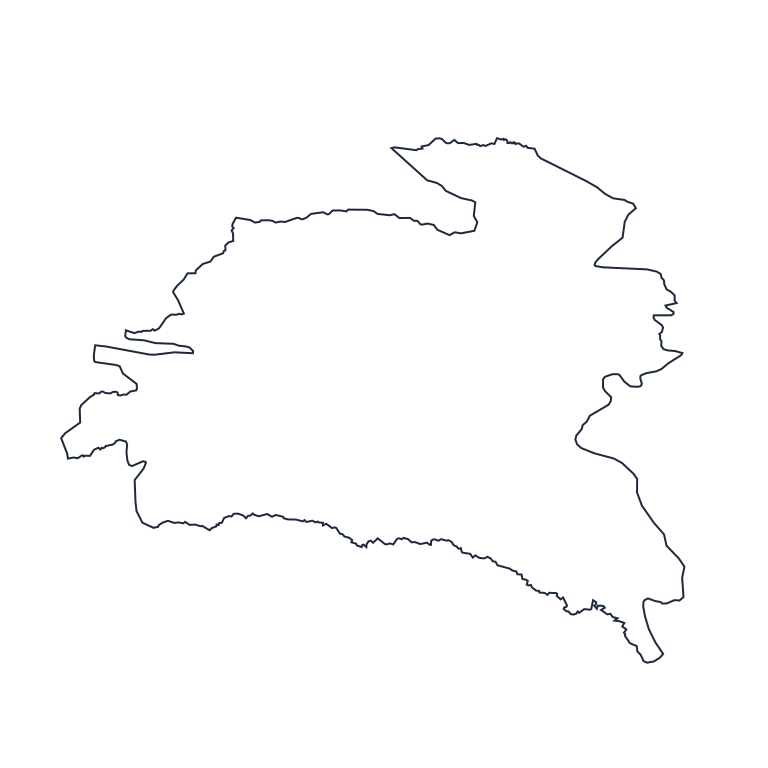 outline of Kenge, Bandundu, Democratic Republic of the Congo, rotated 95°
{"feature_id": "63176286B18264844623742", "entity_name": "Kenge", "entity_type": "district", "adm_level": 2, "iso_a3": "COD", "parent_name": "Democratic Republic of the Congo", "parent_adm1": "Bandundu", "projection": "robinson", "projection_center": [16.889, -5.103], "detail": "fine", "context": "isolated", "style": "outline", "palette": "slate", "viewbox_px": 768, "rotation_deg": 95, "n_neighbors": 0, "source": "geoboundaries", "source_scale": "gbopen_adm2", "svg_char_len": 6143}
<svg xmlns="http://www.w3.org/2000/svg" viewBox="0 0 768 768"><g transform="rotate(95 384 384)"><path d="M217.5,159.1L201.3,158.3L194.0,155.3L186.9,148.4L182.6,151.6L181.2,157.5L179.7,160.3L179.0,172.1L175.2,180.6L169.5,188.8L164.1,200.6L145.6,247.4L143.2,250.6L136.5,254.5L136.2,261.5L134.3,263.2L135.5,265.7L132.5,270.5L133.0,272.7L132.1,275.4L133.0,275.0L132.5,276.2L133.2,277.5L132.1,279.4L133.1,280.3L133.2,282.0L131.0,282.4L129.6,284.1L130.4,285.7L129.3,286.3L130.3,288.3L129.3,292.9L135.2,294.9L134.9,298.0L138.0,303.7L137.3,306.0L138.7,308.9L137.7,310.0L137.5,312.3L136.7,312.6L138.4,320.1L136.9,325.6L137.6,331.3L134.7,335.2L138.3,339.3L138.7,341.5L138.2,343.7L135.0,347.5L134.4,349.8L135.0,354.0L142.1,360.4L144.1,367.2L146.1,366.2L147.1,370.7L148.3,372.3L147.3,393.9L148.4,397.1L177.3,358.8L179.1,349.0L181.7,343.6L186.2,339.3L192.1,323.5L193.5,312.5L195.0,308.9L208.8,309.2L214.7,305.1L223.5,307.4L227.2,320.4L226.7,326.7L230.0,331.7L225.7,344.3L221.2,348.3L220.4,354.7L222.0,360.2L221.5,361.9L218.6,364.8L218.8,368.5L216.3,372.5L217.3,383.1L213.9,388.5L215.4,392.9L215.1,405.3L212.7,409.4L211.9,415.7L213.4,434.9L215.3,436.5L214.9,442.8L215.6,450.3L219.6,453.7L219.9,455.3L218.2,459.6L220.9,471.5L224.9,475.6L226.9,479.2L227.0,481.1L225.9,483.5L226.2,485.5L231.2,496.7L231.2,501.2L232.6,506.1L231.3,509.1L230.9,513.2L231.7,520.8L233.4,522.1L234.4,526.6L232.3,531.5L231.2,545.9L237.8,548.8L240.4,548.9L241.8,547.4L244.3,549.2L247.2,547.5L254.7,546.7L256.6,551.4L259.9,554.2L264.6,553.6L265.4,555.1L267.8,555.7L272.0,564.6L277.1,567.6L280.3,575.1L287.3,581.4L290.1,581.5L290.9,589.4L297.5,592.7L304.4,598.8L309.4,601.9L310.9,602.1L318.4,596.5L331.3,589.5L332.4,592.0L331.8,594.0L333.1,596.8L333.4,602.2L337.4,606.8L348.2,613.0L350.8,617.1L349.5,619.1L351.3,621.1L352.1,628.9L353.1,630.0L353.3,633.3L355.1,637.1L353.0,645.8L358.8,646.0L360.3,644.9L361.6,641.7L361.4,626.7L363.2,615.3L362.3,597.1L363.7,592.0L363.8,585.7L364.5,581.1L367.8,577.0L370.0,577.1L370.7,595.5L374.9,615.4L375.1,620.4L370.9,663.6L370.6,675.1L380.8,675.6L386.0,674.8L387.3,673.5L388.4,652.9L389.3,648.9L396.3,645.0L405.5,630.4L410.4,629.7L412.0,630.4L413.5,636.0L417.1,639.6L417.2,642.9L418.4,645.3L418.3,648.0L415.8,648.7L415.1,650.2L415.5,653.3L417.2,655.6L417.3,660.7L416.0,663.6L416.4,665.3L418.1,666.5L418.4,671.6L419.9,672.0L422.6,675.7L431.3,683.7L435.2,685.0L448.9,683.3L460.8,697.3L466.1,700.9L481.0,693.5L485.9,692.4L484.3,686.9L484.6,682.6L481.6,678.9L481.4,677.6L482.5,676.7L481.5,675.7L481.2,670.6L474.7,667.1L472.4,663.0L474.0,661.0L472.2,659.8L472.6,658.8L471.3,656.3L470.1,656.0L468.0,649.0L466.2,646.8L464.3,646.1L462.6,642.4L463.8,636.1L466.7,634.6L474.6,634.6L482.5,633.0L486.8,630.9L487.7,627.9L482.0,617.4L482.3,614.9L483.3,614.3L489.2,616.1L501.4,624.0L523.2,621.3L532.2,619.4L543.2,612.6L547.4,601.0L545.9,596.5L544.2,596.1L541.4,592.4L539.1,587.3L540.7,580.8L539.8,576.9L540.3,571.8L538.7,570.1L541.3,565.2L540.5,560.2L541.7,554.0L541.2,552.7L544.9,545.0L542.5,542.9L540.4,538.6L538.5,538.5L538.9,536.4L536.9,536.2L536.4,533.5L531.3,531.5L529.1,527.0L529.2,524.3L526.4,522.4L525.9,518.1L526.6,515.3L527.3,512.8L529.8,509.8L527.1,507.9L526.8,505.8L524.4,503.4L525.6,502.0L526.7,497.2L523.7,489.0L526.0,484.1L523.9,480.3L525.1,472.8L526.5,472.2L527.3,467.7L526.7,460.0L527.9,453.1L526.5,451.2L527.9,450.0L528.0,448.3L526.4,443.6L527.8,440.0L526.8,438.0L527.6,436.7L527.6,432.8L530.2,432.5L528.3,429.4L532.1,423.1L531.1,420.6L531.5,419.1L537.0,414.8L537.3,412.2L539.4,410.1L540.2,405.3L542.4,402.0L544.5,402.7L545.5,397.9L547.2,396.9L548.4,392.1L546.5,391.7L545.8,390.5L548.0,387.4L545.2,387.4L542.1,385.7L541.2,383.5L543.1,381.1L538.3,376.8L543.4,369.1L543.5,367.5L542.3,363.9L543.0,360.8L537.0,357.4L536.4,355.3L537.1,352.8L535.6,351.2L536.4,346.6L539.3,342.8L538.8,339.2L540.3,334.0L538.3,327.3L540.2,324.4L540.1,323.2L536.2,323.3L534.8,322.1L534.3,319.7L535.4,316.3L533.6,313.5L534.6,308.3L534.0,306.2L535.3,303.0L538.6,300.5L539.6,297.3L541.1,296.0L541.6,295.0L540.9,293.1L544.5,291.9L545.2,290.8L545.7,283.3L549.2,280.4L546.8,278.1L548.9,273.8L549.0,271.9L548.9,268.5L547.1,265.9L548.6,262.4L551.1,260.2L551.4,257.4L554.7,255.1L557.0,242.4L558.6,240.1L559.2,235.8L561.9,234.5L561.8,230.3L566.2,229.1L566.6,225.5L567.7,223.6L571.4,224.3L572.1,222.7L571.4,220.1L573.5,219.1L576.5,214.6L576.7,211.4L578.2,211.0L578.1,205.9L579.8,202.8L577.6,201.2L577.3,194.1L578.1,193.2L580.1,193.4L583.1,189.2L581.1,187.0L588.8,182.3L590.0,182.9L590.9,185.0L592.3,185.4L594.5,182.6L594.5,180.5L597.0,177.8L597.2,175.3L596.0,172.4L593.7,171.2L594.9,169.6L590.8,164.9L590.9,159.0L590.0,157.9L581.2,156.9L583.0,153.6L584.7,153.3L586.5,155.2L589.4,152.4L586.4,151.6L585.8,148.2L586.4,145.5L587.7,144.6L590.2,148.1L594.0,141.4L593.2,138.5L596.3,135.7L597.0,131.0L599.6,133.7L599.7,129.5L601.1,123.8L604.9,125.5L607.3,121.2L610.9,123.3L612.2,121.9L613.8,122.1L620.8,116.4L623.1,109.4L628.3,108.3L631.5,104.6L637.5,101.2L638.7,97.6L636.9,91.0L632.5,85.2L628.5,82.4L617.8,91.1L605.2,98.8L592.2,103.9L582.9,106.4L578.4,106.5L576.7,105.7L574.6,102.3L576.6,94.9L577.1,89.4L578.5,87.6L577.9,83.1L574.0,75.8L573.9,70.7L570.1,67.1L551.0,70.1L539.8,68.8L532.1,75.1L520.4,88.5L509.5,91.9L498.8,103.0L482.8,116.4L470.0,122.5L456.6,123.5L451.6,127.7L441.9,140.1L438.2,148.5L434.7,168.5L430.6,182.0L427.2,186.4L422.7,188.5L418.6,187.9L411.7,183.1L407.7,182.5L403.9,178.8L397.6,176.1L385.0,158.4L381.2,156.6L377.3,156.6L371.8,163.3L368.3,165.5L360.4,166.2L357.6,164.6L354.3,157.3L353.9,151.9L354.3,150.4L360.6,144.9L364.9,138.4L364.7,131.3L363.8,128.2L361.5,127.1L356.0,129.2L353.7,129.2L352.7,128.2L350.3,123.5L347.6,113.7L344.8,108.8L338.8,102.8L329.3,90.4L327.2,89.4L325.8,96.7L325.8,104.6L324.9,108.5L321.9,111.2L317.5,111.2L315.2,112.9L311.5,113.1L310.2,114.1L307.8,111.7L303.4,110.9L301.1,112.5L296.5,120.0L294.3,121.4L292.1,121.2L290.5,103.7L288.9,101.7L287.1,101.8L283.4,109.0L281.3,110.4L277.9,99.6L275.5,101.8L270.5,102.1L266.9,106.6L265.1,110.8L260.1,113.5L256.4,114.1L254.0,116.7L250.2,118.0L248.2,122.3L246.9,132.1L248.7,176.5L248.0,183.7L247.3,184.6L244.5,184.1L240.9,181.5L226.7,168.9L217.5,159.1Z" fill="none" stroke="#1e293b" stroke-width="2"/></g></svg>